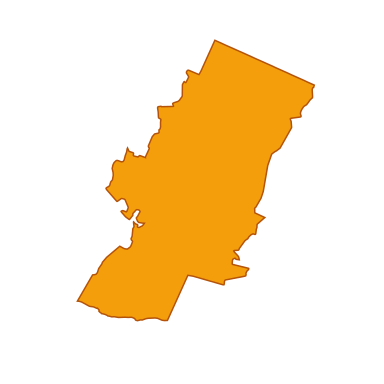 an SVG outline of Hardap, rotated 294°
{"feature_id": "NAM-3339", "entity_name": "Hardap", "entity_type": "Region", "adm_level": 1, "iso_a3": "NAM", "parent_name": "Namibia", "parent_adm1": "", "projection": "robinson", "projection_center": [17.113, -24.521], "detail": "fine", "context": "isolated", "style": "filled", "palette": "amber", "viewbox_px": 384, "rotation_deg": 294, "n_neighbors": 0, "source": "natural_earth", "source_scale": "10m", "svg_char_len": 4748}
<svg xmlns="http://www.w3.org/2000/svg" viewBox="0 0 384 384"><g transform="rotate(294 192 192)"><path d="M339.7,206.4L339.7,207.1L339.7,210.6L339.7,214.1L339.6,217.6L339.6,221.1L339.6,224.6L339.6,228.0L339.6,231.5L339.5,235.0L339.5,238.5L339.5,242.0L339.5,245.5L339.5,248.9L339.4,252.4L339.4,255.9L339.4,259.4L339.4,260.2L336.9,260.6L336.2,259.9L335.1,260.0L334.3,260.2L328.3,263.3L327.2,263.7L326.6,263.5L324.3,262.5L319.2,261.4L318.3,261.1L317.6,260.7L316.3,259.7L314.9,259.2L312.0,258.7L309.5,258.7L308.1,259.0L307.6,259.2L306.0,260.6L305.3,260.9L304.9,260.8L304.4,260.2L299.7,252.6L299.4,252.3L298.9,252.0L298.4,252.3L298.0,252.6L296.9,253.8L292.0,256.5L291.2,256.8L267.9,254.6L263.9,252.4L262.7,251.4L259.1,249.4L247.1,250.4L221.4,256.9L214.4,257.6L204.2,256.5L203.4,256.2L202.9,255.9L202.5,255.9L202.1,256.0L201.2,256.6L199.7,257.2L198.5,258.0L198.3,268.9L189.4,264.8L188.6,264.7L185.8,265.8L184.2,265.9L180.2,267.1L179.2,267.2L178.9,266.9L178.7,266.2L178.7,265.4L178.5,264.7L177.9,264.1L176.5,263.1L174.1,262.2L171.8,261.9L170.5,260.9L169.5,260.5L169.1,260.2L159.7,258.2L158.8,258.3L158.1,258.2L157.7,258.0L157.3,257.4L156.0,254.8L155.5,254.2L155.1,254.1L154.4,255.1L152.4,259.8L151.6,261.1L149.3,262.8L148.5,259.9L148.5,259.3L148.7,258.9L149.0,258.4L148.9,258.1L148.6,257.7L148.0,257.3L147.5,256.9L146.9,256.6L146.2,256.7L143.5,257.6L143.0,257.8L142.5,258.2L142.4,258.7L142.5,259.3L145.3,274.8L145.0,275.1L144.2,275.2L141.8,274.3L140.5,274.3L139.4,274.4L138.7,274.9L138.0,275.1L137.3,275.2L136.6,274.5L125.8,259.1L125.3,258.4L124.7,258.0L124.0,258.0L123.3,258.1L121.3,258.8L120.7,258.9L120.2,258.9L120.0,258.4L119.8,257.8L115.5,227.1L114.2,222.1L64.7,221.8L63.4,219.3L62.7,216.9L62.6,211.9L61.9,209.5L58.8,203.3L57.5,201.4L54.9,198.7L54.1,196.8L52.3,194.6L52.0,193.0L52.2,192.3L52.9,191.4L53.1,191.0L53.1,188.5L52.8,187.3L51.6,185.0L50.4,181.8L47.5,175.9L46.4,171.6L45.3,169.5L44.9,166.7L44.5,165.7L44.8,164.5L44.8,162.4L44.5,160.3L44.1,158.9L44.5,158.0L44.8,156.4L45.2,155.5L45.6,155.3L46.0,155.3L46.5,155.0L46.7,154.4L47.4,152.9L47.0,152.2L47.0,148.7L46.1,145.7L45.9,144.6L46.6,135.7L46.3,133.5L45.7,131.7L75.8,134.9L77.2,137.1L77.6,137.5L77.8,137.7L78.0,137.9L78.5,138.0L79.1,138.2L80.3,138.3L84.2,137.9L89.6,138.9L90.7,138.8L91.5,138.8L97.6,140.6L113.1,148.1L112.7,152.9L113.0,154.5L113.6,156.2L116.8,158.0L118.3,158.1L122.3,157.9L122.8,157.7L123.1,157.3L123.3,156.8L123.5,156.2L124.0,155.7L124.7,155.3L127.2,155.3L134.1,153.0L134.4,152.9L136.1,153.1L136.7,153.1L137.3,152.8L140.5,150.9L140.9,150.8L140.8,151.3L140.2,152.4L140.0,153.2L139.9,154.0L140.1,155.2L139.9,155.7L139.5,156.0L138.5,156.1L138.2,156.2L137.8,156.5L137.8,157.1L138.1,158.1L141.0,160.5L144.1,161.2L143.5,159.6L142.5,155.8L143.1,154.2L145.1,152.1L145.6,151.7L146.0,151.7L147.8,152.2L152.6,152.5L153.0,152.5L153.3,152.3L153.5,151.9L153.8,151.2L154.0,150.7L153.9,150.3L153.5,149.0L153.3,148.5L152.9,148.3L152.4,148.1L148.4,146.8L147.8,146.8L146.9,147.4L146.4,147.4L141.8,146.2L141.4,146.0L141.4,145.5L141.5,145.0L142.3,141.4L144.9,135.8L145.2,135.4L145.5,135.1L146.3,135.6L146.8,136.2L146.9,136.5L147.1,139.6L147.2,140.1L147.6,140.3L151.2,140.2L151.7,140.1L152.3,139.8L157.8,133.9L157.9,133.4L157.9,132.8L157.6,130.9L157.4,130.3L157.1,130.0L153.4,127.8L153.2,127.7L152.9,127.3L153.0,126.9L153.2,126.4L159.3,113.3L160.1,112.1L160.8,112.0L162.0,112.7L163.0,113.6L164.1,114.0L165.2,114.1L166.4,113.8L168.4,113.7L170.7,114.4L175.1,113.3L177.7,112.0L181.0,109.5L184.5,108.8L186.8,108.8L189.1,109.6L190.0,110.1L190.5,111.0L190.7,112.6L190.8,115.2L191.7,116.6L193.5,117.0L198.4,116.2L202.0,116.0L205.0,115.2L205.9,115.2L206.0,115.2L204.1,117.3L203.7,117.8L203.6,118.3L203.6,118.9L203.9,122.1L203.8,122.6L203.5,122.9L201.6,123.5L201.4,123.9L201.3,124.5L202.0,128.2L202.2,128.5L202.5,128.6L203.4,129.0L203.8,129.2L204.0,129.4L204.1,129.9L204.5,135.4L204.8,135.2L213.8,135.3L214.4,135.2L214.8,135.1L215.0,134.5L215.5,133.9L216.2,133.4L226.4,133.2L229.1,134.0L229.7,134.2L230.1,134.6L232.0,137.2L232.5,137.6L232.9,137.7L235.0,136.7L235.6,136.6L236.0,136.9L236.9,137.2L237.7,137.0L238.7,136.8L242.9,134.9L245.2,134.2L245.8,133.9L245.9,133.2L246.0,131.9L246.2,131.3L246.7,130.9L251.3,128.6L254.9,126.3L256.1,126.3L257.7,128.8L257.6,129.6L262.5,140.0L262.8,140.2L263.2,140.0L264.1,139.0L264.6,138.6L265.1,138.4L265.7,138.8L266.3,139.3L269.0,142.3L269.8,142.8L270.8,143.2L275.2,144.1L275.9,144.0L285.9,139.7L286.4,139.6L289.3,139.8L289.7,140.0L289.6,140.3L289.4,140.9L289.3,141.4L289.5,141.8L290.6,142.0L295.6,142.2L295.8,142.1L296.1,141.9L298.5,138.5L299.1,138.2L299.9,138.1L301.2,138.4L301.7,138.9L301.9,139.5L302.1,150.6L305.8,151.0L339.9,151.2L339.9,153.0L339.8,163.6L339.8,174.3L339.8,185.0L339.7,195.7L339.7,206.4Z" fill="#f59e0b" stroke="#b45309" stroke-width="1.5"/></g></svg>